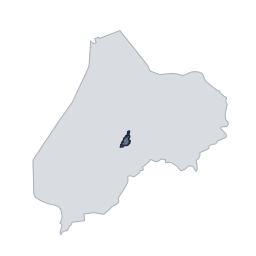 location of Al-Mahmoudiya, Babil, Iraq, rotated 83°
{"feature_id": "34846034B92813694057989", "entity_name": "Al-Mahmoudiya", "entity_type": "district", "adm_level": 2, "iso_a3": "IRQ", "parent_name": "Iraq", "parent_adm1": "Babil", "projection": "natural_earth1", "projection_center": [44.202, 33.035], "detail": "fine", "context": "in_parent", "style": "filled", "palette": "slate", "viewbox_px": 256, "rotation_deg": 83, "n_neighbors": 0, "source": "geoboundaries", "source_scale": "gbopen_adm2", "svg_char_len": 5000}
<svg xmlns="http://www.w3.org/2000/svg" viewBox="0 0 256 256"><g transform="rotate(83 128 128)"><path d="M102.2,32.9L104.1,32.4L107.6,29.5L109.7,26.7L110.3,26.5L112.2,27.4L113.5,27.6L116.6,26.6L118.4,27.2L119.9,27.8L120.8,27.9L124.8,29.6L125.9,29.8L128.0,30.0L131.1,30.1L133.2,29.0L134.6,27.9L135.6,27.9L136.6,28.2L137.4,28.7L138.1,29.5L138.4,30.6L138.3,34.3L138.6,35.3L139.1,36.0L139.9,36.1L140.7,35.3L142.2,34.1L144.1,32.9L145.4,31.7L146.2,31.3L147.5,31.3L148.7,31.5L149.3,32.1L149.3,32.3L150.0,34.0L151.6,40.5L152.5,41.3L153.6,42.0L154.3,42.9L154.6,43.9L154.5,45.4L154.6,47.1L155.0,48.4L155.6,49.5L156.2,50.0L157.0,50.0L158.0,50.3L158.7,51.3L160.9,58.6L161.1,59.6L162.0,59.9L163.5,59.7L165.1,60.5L166.7,61.7L168.3,63.9L169.3,64.3L172.6,64.0L177.0,64.3L179.1,65.5L178.9,66.2L177.3,67.0L174.5,67.9L173.6,69.5L173.2,71.6L173.3,72.7L174.0,74.0L176.0,76.5L176.1,77.4L176.5,78.7L176.9,79.5L176.5,81.2L174.6,82.4L172.3,83.7L167.5,89.3L167.1,90.5L167.2,93.8L166.7,94.8L165.2,94.7L164.0,94.6L163.9,95.7L163.2,97.3L162.8,98.6L164.5,101.8L164.9,103.5L164.6,105.0L163.0,107.7L162.0,109.5L162.2,109.9L163.5,110.6L167.5,116.4L168.8,118.5L170.5,117.9L171.1,118.0L171.6,118.3L171.9,119.0L171.9,119.9L171.5,121.2L173.6,121.7L174.4,123.1L177.0,127.6L176.9,129.0L175.7,131.1L175.7,132.5L175.9,133.8L176.3,134.2L180.0,134.4L181.6,134.9L185.5,137.3L189.8,140.8L193.4,143.8L196.5,146.3L199.8,146.1L200.7,146.5L201.5,147.3L202.5,149.3L204.4,154.0L206.0,155.5L208.5,159.2L210.8,162.7L209.3,167.4L207.9,172.3L207.9,178.7L208.0,182.1L211.1,182.2L214.6,182.4L214.7,186.4L214.7,190.5L214.8,195.2L215.8,195.4L217.5,196.4L218.2,197.9L219.1,198.7L220.2,198.9L221.2,199.6L222.3,201.0L222.6,202.0L222.4,202.7L222.6,203.9L223.4,205.7L224.2,206.5L225.6,207.5L223.8,208.1L221.8,207.6L217.5,205.6L216.1,205.5L214.3,206.3L214.2,207.0L209.7,204.7L208.0,204.3L207.4,204.2L204.9,204.2L201.2,204.6L199.0,205.6L197.5,206.6L196.8,207.5L196.6,208.1L195.4,210.9L194.1,214.6L192.7,217.9L190.0,222.6L188.5,224.7L185.2,228.7L181.7,229.5L173.5,228.7L164.4,227.8L155.4,227.0L148.7,226.3L148.1,226.1L141.5,220.4L136.2,215.9L129.7,210.3L123.0,204.5L116.2,198.7L111.3,194.5L105.4,189.0L99.9,184.1L95.7,180.2L90.2,176.7L85.9,174.1L79.7,170.2L74.7,167.0L70.5,164.4L63.9,160.3L61.7,159.2L54.9,157.8L48.5,156.6L41.8,155.4L37.3,154.6L40.3,151.7L39.5,149.1L37.3,149.6L35.3,150.2L34.2,146.1L35.7,145.6L34.4,140.3L33.0,134.8L31.7,129.5L30.4,124.1L36.1,120.7L40.3,118.1L46.2,114.4L51.9,110.9L57.4,107.6L63.4,103.9L68.7,100.7L73.6,99.3L74.6,98.3L76.9,93.8L78.8,90.0L78.9,89.1L79.0,83.7L79.3,77.3L80.0,73.9L81.1,70.9L82.1,68.7L82.3,66.7L82.1,64.6L81.1,61.4L80.1,58.2L80.2,55.0L80.5,53.3L81.2,50.6L82.3,48.6L83.6,47.4L88.2,46.1L90.9,45.4L94.5,41.9L96.7,39.8L99.8,36.5L102.0,34.1L102.2,33.2L102.2,32.9Z" fill="#d9dde1" stroke="#a8b0b8" stroke-width="1"/><path d="M136.6,131.8L136.8,131.9L136.9,132.0L137.0,132.1L137.1,132.3L137.2,132.5L137.3,132.8L137.4,133.0L137.5,133.1L137.7,133.3L137.8,133.4L138.0,133.3L138.1,133.5L138.4,133.5L138.5,133.5L138.8,133.5L139.0,133.6L139.2,133.8L139.4,134.0L139.8,134.3L140.1,134.5L140.4,134.8L140.6,134.9L140.8,135.1L141.1,135.0L141.3,135.4L141.6,134.8L141.7,135.0L141.7,135.3L141.7,135.7L141.8,135.8L142.6,135.9L143.4,135.9L143.4,136.1L143.5,137.2L144.1,137.2L144.7,137.2L145.5,137.8L146.0,137.8L146.0,137.7L146.0,136.5L146.0,135.4L146.0,135.2L145.6,135.2L145.4,135.2L145.2,135.3L145.1,135.2L144.8,135.0L144.7,134.8L144.7,134.5L144.8,134.1L144.9,133.8L145.1,133.6L145.0,133.3L145.0,133.0L145.1,132.7L145.1,132.4L145.1,132.1L145.1,131.9L145.1,131.5L145.0,131.1L145.0,130.5L144.9,130.3L144.7,130.2L144.6,129.8L144.3,129.5L144.2,129.5L143.8,129.5L143.6,129.4L143.4,129.2L143.5,129.1L143.4,128.9L143.5,128.8L143.3,128.7L143.2,128.6L143.3,128.4L143.3,128.2L143.1,128.1L142.9,128.0L142.7,128.0L142.1,128.2L141.9,127.9L141.8,127.7L141.6,127.7L141.4,127.7L141.2,127.6L141.0,127.4L140.9,127.4L140.8,127.5L140.7,127.7L140.7,127.8L140.6,127.7L140.3,128.0L140.2,128.3L140.1,128.5L139.9,128.6L139.7,128.8L139.3,128.8L139.1,128.8L138.8,128.7L138.7,128.7L138.5,128.8L138.0,128.4L138.2,128.2L138.0,127.9L137.7,127.7L137.4,127.6L137.2,127.5L136.8,127.4L136.6,127.5L136.4,127.6L136.2,127.6L135.9,127.5L135.8,127.4L135.7,127.4L135.5,127.5L135.4,127.7L135.3,127.9L135.3,128.1L135.1,128.1L134.8,128.0L134.7,127.9L134.4,127.9L134.1,127.9L133.9,127.9L133.7,128.0L133.7,127.9L133.5,127.7L133.4,127.7L133.2,127.6L132.8,127.3L132.7,127.2L132.4,127.2L132.2,127.2L131.8,127.1L131.7,127.0L131.3,126.9L131.2,127.4L131.2,127.8L131.3,128.0L131.5,128.4L131.5,128.5L131.9,128.8L132.2,128.8L132.3,128.6L132.2,128.2L132.5,128.0L132.9,128.3L133.0,128.5L133.0,128.8L133.1,129.0L133.3,129.2L133.5,129.3L133.8,129.2L134.1,128.9L134.2,129.0L134.5,129.1L134.9,129.4L135.0,129.5L135.5,129.6L135.8,129.8L135.7,129.8L135.4,129.9L135.2,129.9L135.1,130.0L135.2,130.3L135.4,130.4L135.6,130.4L135.6,130.5L135.5,130.8L136.0,131.0L136.3,131.1L136.4,131.3L136.2,131.3L136.0,131.5L136.3,131.7L136.5,131.8L136.6,131.8Z" fill="#64748b" stroke="#1e293b" stroke-width="1.5"/></g></svg>